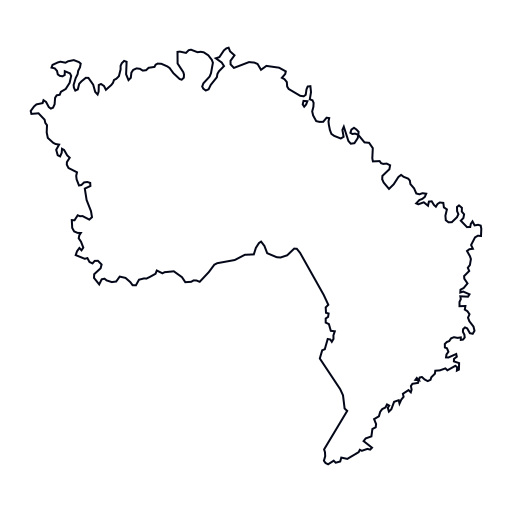 the district of Mafra, Santa Catarina, Brazil
{"feature_id": "56859067B87636064595694", "entity_name": "Mafra", "entity_type": "district", "adm_level": 2, "iso_a3": "BRA", "parent_name": "Brazil", "parent_adm1": "Santa Catarina", "projection": "robinson", "projection_center": [-49.893, -26.248], "detail": "fine", "context": "isolated", "style": "outline", "palette": "ink", "viewbox_px": 512, "rotation_deg": 0, "n_neighbors": 0, "source": "geoboundaries", "source_scale": "gbopen_adm2", "svg_char_len": 5885}
<svg xmlns="http://www.w3.org/2000/svg" viewBox="0 0 512 512"><path d="M43.5,100.2L42.6,103.1L36.4,104.4L34.1,106.4L30.7,111.0L31.4,113.9L38.5,113.3L44.6,119.7L45.3,122.9L47.0,125.2L46.7,132.4L47.8,137.9L53.2,142.8L55.5,144.0L59.1,144.6L56.2,149.8L57.7,155.2L60.1,156.4L61.7,152.8L62.0,148.8L64.1,150.0L67.2,155.4L69.7,157.7L66.9,162.1L66.8,164.7L68.5,168.0L77.0,172.3L76.2,175.8L76.6,179.3L79.0,185.5L81.4,185.0L84.1,182.4L87.3,182.0L90.2,182.9L90.4,186.0L84.8,188.6L86.6,200.0L91.0,211.2L92.0,217.2L89.3,219.6L82.6,216.1L80.0,216.2L77.7,215.3L74.5,220.3L71.8,220.1L72.2,227.9L74.1,231.4L77.6,232.9L80.8,233.0L79.3,235.3L78.7,238.3L81.0,241.7L83.3,247.6L81.5,250.3L79.4,248.0L77.0,251.3L75.7,255.1L84.8,258.8L87.4,258.1L89.5,262.0L92.5,263.4L94.7,260.9L97.9,260.8L101.6,264.5L100.6,268.3L94.2,274.2L94.0,277.9L99.2,284.4L101.7,279.3L104.5,278.7L106.6,280.4L111.8,282.1L116.2,281.5L119.7,276.6L125.5,277.9L130.3,282.1L132.6,285.2L135.9,285.3L139.0,279.7L144.1,278.4L146.4,278.6L149.9,276.9L155.5,273.8L156.8,270.5L162.4,273.3L164.6,272.2L173.8,271.3L182.0,277.2L185.3,282.2L191.2,281.8L193.6,280.4L196.5,280.5L199.7,281.8L208.8,272.1L214.3,264.7L217.2,263.2L234.8,260.0L244.8,254.8L253.8,254.4L255.9,247.8L259.0,243.0L261.1,241.6L264.4,245.9L267.2,253.2L276.7,257.2L280.5,257.5L287.2,255.3L294.2,248.6L296.8,248.8L300.1,252.9L323.7,294.9L328.3,304.8L325.7,307.4L326.0,312.8L328.6,313.5L328.1,316.9L325.7,318.5L325.7,322.6L328.9,324.1L330.8,330.8L334.8,331.3L333.4,335.4L333.5,338.9L331.8,341.8L330.3,339.5L327.7,339.0L324.8,349.2L322.2,350.3L319.8,358.5L340.2,389.2L343.0,395.3L344.6,408.5L347.2,410.9L324.1,449.4L325.0,452.3L325.2,456.2L323.9,460.7L325.5,463.0L328.1,464.3L333.7,460.7L335.7,462.7L340.2,461.5L341.3,457.6L347.3,458.9L358.7,452.1L359.8,449.8L361.8,450.8L367.4,448.9L370.2,449.6L372.0,447.7L363.6,441.1L365.7,438.4L371.4,436.4L372.4,429.0L375.7,427.3L376.1,424.1L374.1,419.1L378.9,416.3L380.2,411.8L382.2,409.1L385.4,407.5L387.0,404.4L389.2,405.6L387.8,407.8L388.9,411.6L391.3,409.3L394.1,401.8L398.7,400.2L399.5,403.6L401.3,399.6L403.6,396.8L402.9,393.8L408.5,390.1L410.8,392.3L411.6,389.6L410.9,386.0L412.4,383.8L418.0,382.9L419.7,377.5L421.9,377.0L424.5,379.4L427.7,381.1L430.5,379.8L431.3,377.3L434.9,373.7L435.3,370.7L439.8,370.4L445.4,368.4L447.4,370.3L455.4,365.8L457.2,367.3L456.9,370.6L458.9,369.6L459.1,363.1L453.9,361.4L454.0,358.9L456.8,356.7L456.2,354.0L448.4,357.5L446.0,357.4L446.5,354.4L448.4,351.8L447.0,348.3L444.9,347.5L444.8,344.0L446.8,342.0L449.2,341.1L451.1,338.3L454.0,337.2L457.5,337.9L460.8,337.4L460.8,339.9L463.0,339.6L464.7,337.5L464.4,334.7L462.9,331.8L463.1,329.2L465.0,327.4L467.2,328.4L469.9,333.2L472.7,333.8L474.5,330.8L473.5,326.6L469.4,321.3L468.0,317.7L469.5,314.2L467.4,311.2L464.8,309.6L465.4,306.0L459.5,306.2L459.5,301.9L460.8,299.1L460.3,296.3L468.0,296.7L469.5,294.3L463.2,291.6L460.3,292.5L460.5,289.7L463.7,288.0L467.5,283.4L464.3,278.7L464.1,276.1L469.2,271.0L467.8,267.8L469.9,265.0L470.9,259.1L470.0,256.3L467.0,251.0L469.4,249.2L472.9,248.8L471.1,245.0L475.0,237.4L477.9,235.7L481.0,236.0L481.3,228.8L480.7,225.6L478.1,224.8L474.6,225.4L472.5,221.4L470.8,223.9L470.2,227.0L467.0,227.1L460.8,220.7L463.4,218.0L464.1,214.3L461.8,211.6L461.9,207.8L459.0,205.4L457.0,207.0L457.1,211.2L458.4,214.2L457.0,217.2L451.8,222.2L448.5,222.3L445.8,220.2L445.4,215.7L446.9,209.4L443.9,207.4L443.3,202.9L439.8,202.5L437.5,204.0L435.9,206.7L433.9,204.9L431.7,201.3L428.9,201.6L428.0,205.7L423.8,202.3L418.3,204.3L416.2,203.4L419.4,200.0L422.3,198.9L424.8,196.9L426.2,193.7L422.5,193.2L419.4,194.3L416.3,193.5L414.1,188.4L410.4,184.1L409.8,180.5L408.1,178.6L403.6,176.8L401.1,174.9L398.4,177.0L393.7,184.3L389.0,188.9L383.7,182.6L382.2,179.3L382.4,175.9L389.4,169.2L390.1,165.3L386.7,163.6L383.2,163.9L381.1,163.2L379.6,161.1L372.9,161.4L372.3,158.3L372.8,148.2L369.1,142.8L364.5,142.4L358.3,134.9L357.7,138.2L354.4,143.2L350.8,143.7L348.4,141.0L343.8,126.7L342.4,129.9L343.6,136.8L340.8,138.5L334.2,135.9L331.4,133.9L329.9,130.0L328.8,124.5L328.5,121.4L329.2,118.1L326.6,117.7L323.2,121.8L319.5,121.9L316.2,121.1L313.1,115.4L312.2,111.4L313.4,106.8L313.6,102.8L312.5,100.3L309.8,99.3L311.0,92.2L310.4,86.2L307.7,86.5L306.5,89.3L305.7,94.8L303.7,96.3L300.2,95.8L288.7,89.0L287.2,86.6L286.8,82.0L284.5,79.2L281.9,77.8L285.2,74.0L285.8,71.4L279.1,67.7L266.4,65.9L261.0,69.8L257.6,64.0L254.4,62.6L249.0,62.1L233.9,67.9L230.6,64.4L230.5,60.8L234.5,55.3L230.1,51.4L228.6,47.7L226.3,48.4L223.9,50.4L219.4,57.1L215.8,58.3L221.7,62.5L224.0,66.1L219.0,71.2L217.5,73.7L216.8,77.3L210.8,84.8L208.6,89.3L205.8,90.5L203.3,88.7L202.2,86.5L203.4,83.3L209.6,76.6L211.0,73.2L212.9,62.7L211.8,59.8L208.3,55.3L203.7,52.3L200.7,51.8L197.5,52.2L191.0,49.7L188.7,50.2L186.0,52.9L179.9,51.6L177.5,51.9L177.6,63.5L183.3,72.2L184.0,74.6L183.8,77.7L181.7,79.7L179.6,79.0L173.4,73.2L169.6,68.0L167.3,66.4L161.4,63.8L157.7,63.6L155.6,64.7L154.5,66.9L148.6,67.8L146.1,70.2L142.8,70.6L139.9,68.8L136.5,68.4L133.2,69.9L131.4,72.6L130.8,77.8L128.5,80.1L126.1,74.3L126.6,61.8L124.1,60.9L121.8,63.2L120.6,65.8L120.6,69.4L118.9,76.2L116.4,78.7L114.0,80.0L113.0,82.8L111.3,85.0L105.9,89.8L104.0,86.0L101.0,84.0L98.8,85.0L98.6,91.7L97.6,94.5L95.2,91.9L93.2,84.7L88.4,77.9L85.8,77.8L81.4,81.4L79.2,83.8L77.8,89.4L75.3,90.6L73.9,87.6L73.6,85.0L75.7,78.0L77.6,74.3L78.2,70.8L80.0,67.3L80.7,63.6L78.9,62.1L73.8,60.1L68.0,61.3L65.5,62.7L60.4,61.7L57.9,62.4L52.5,64.9L51.5,67.6L54.8,68.4L57.0,70.9L57.8,74.4L59.9,75.9L62.5,76.3L64.7,75.0L64.8,71.2L70.0,73.4L71.2,75.9L69.6,82.9L65.7,89.0L60.9,91.8L59.7,94.8L56.7,95.3L55.1,97.8L54.6,104.3L53.0,107.7L50.8,108.6L48.8,107.1L46.1,102.0L43.5,100.2ZM306.1,104.5L304.2,106.7L302.7,104.4L303.5,100.9L307.4,101.2L306.1,104.5ZM418.8,380.3L415.4,379.9L416.8,378.0L418.8,380.3ZM358.3,134.9L358.6,131.8L356.4,129.5L354.0,127.8L351.4,129.6L350.4,132.8L352.4,134.0L355.1,133.6L358.3,134.9Z" fill="none" stroke="#020617" stroke-width="2"/></svg>